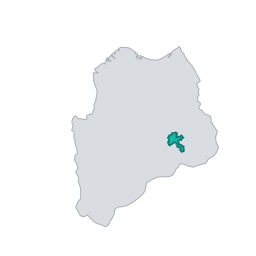 Maru, Zamfara, Nigeria (highlighted), rotated 147°
{"feature_id": "59680162B25309364748934", "entity_name": "Maru", "entity_type": "district", "adm_level": 2, "iso_a3": "NGA", "parent_name": "Nigeria", "parent_adm1": "Zamfara", "projection": "orthographic", "projection_center": [6.251, 11.686], "detail": "fine", "context": "in_parent", "style": "filled", "palette": "teal", "viewbox_px": 256, "rotation_deg": 147, "n_neighbors": 0, "source": "geoboundaries", "source_scale": "gbopen_adm2", "svg_char_len": 6751}
<svg xmlns="http://www.w3.org/2000/svg" viewBox="0 0 256 256"><g transform="rotate(147 128 128)"><path d="M200.2,57.3L207.1,66.5L208.7,73.5L209.3,76.9L210.4,77.3L212.5,77.4L214.0,78.0L214.9,79.2L215.5,80.2L215.7,80.8L215.4,85.0L214.9,86.6L215.2,88.6L215.2,89.5L215.0,90.1L214.1,90.8L212.8,91.5L209.9,93.6L209.0,93.9L207.7,94.0L206.7,94.6L205.4,95.7L202.7,99.7L200.4,103.8L198.8,110.4L196.7,112.5L196.3,114.3L196.1,118.3L195.8,119.6L195.4,119.9L193.2,120.8L191.9,121.7L191.1,123.6L190.2,129.8L189.9,130.9L189.1,132.0L188.0,133.2L187.0,133.9L184.3,134.3L181.9,139.1L181.9,139.9L180.8,144.2L178.9,147.4L178.8,149.5L176.5,152.4L175.2,154.3L176.5,156.3L176.6,156.6L172.5,160.1L172.3,160.6L172.1,163.0L171.8,163.6L171.0,164.5L169.9,165.5L168.8,166.2L167.5,166.8L166.2,167.0L165.5,166.7L165.1,166.0L164.4,163.1L164.1,162.5L163.2,162.0L160.0,158.9L158.0,157.8L157.6,157.9L157.3,158.2L156.8,159.8L156.2,160.4L155.2,160.6L153.4,160.6L152.1,160.4L151.8,160.1L151.2,158.9L147.2,161.8L145.8,162.5L144.0,165.9L141.5,167.6L139.8,169.1L135.2,173.8L134.2,175.2L133.3,177.2L131.3,185.9L128.1,191.4L127.7,192.6L127.1,193.0L125.8,192.7L125.3,191.7L124.5,191.6L123.2,190.1L122.9,190.3L124.3,194.1L123.8,195.5L119.8,195.6L116.4,196.1L114.1,196.1L112.9,195.5L112.4,194.1L112.2,194.3L112.1,195.0L111.3,195.6L108.7,195.8L107.6,194.8L106.6,193.7L105.6,193.3L105.8,193.7L106.9,194.8L106.8,196.3L104.7,198.0L103.3,198.1L102.5,197.4L102.1,196.1L101.8,194.3L101.3,193.1L101.0,193.1L101.4,195.1L101.4,197.0L102.4,198.4L100.8,198.8L99.0,198.9L98.7,198.3L98.5,197.2L98.2,196.9L97.8,198.9L94.0,199.4L93.5,199.3L93.3,199.0L93.6,198.4L93.6,197.5L92.7,198.2L92.6,199.6L92.1,199.8L90.7,199.6L89.1,198.9L86.5,197.2L83.3,194.3L82.8,193.0L81.9,191.4L80.3,187.1L80.6,186.9L81.3,187.2L81.7,186.7L80.4,186.4L80.1,186.1L80.0,185.2L80.1,184.0L82.1,183.4L82.5,182.7L82.8,182.0L80.3,183.0L78.1,181.8L77.6,181.1L77.8,180.5L80.5,180.5L81.4,179.9L80.8,179.7L79.8,179.7L79.4,179.4L79.5,178.5L79.2,178.7L78.7,179.5L77.2,180.0L76.3,179.5L76.2,178.2L76.0,177.6L75.2,177.1L72.5,173.7L69.1,170.8L66.1,168.9L61.6,167.9L52.1,167.8L51.5,167.6L52.1,167.1L53.0,166.8L56.0,165.3L55.5,165.0L52.3,166.0L51.2,166.1L49.8,168.0L40.5,168.3L40.5,167.4L40.9,164.9L41.5,163.2L40.9,161.1L40.7,159.2L41.1,158.6L41.3,157.9L41.2,153.0L41.7,152.3L41.8,151.8L40.8,149.7L40.8,148.1L40.6,146.5L40.3,145.8L40.8,139.8L40.6,138.3L41.0,137.3L41.1,134.7L41.1,132.2L41.8,128.2L45.8,127.7L46.8,126.2L47.4,124.2L47.2,122.2L48.5,120.6L50.1,119.1L50.0,117.4L50.5,116.9L51.2,116.5L52.3,116.3L53.5,115.5L54.1,114.0L54.8,111.7L53.8,110.1L53.8,109.7L54.2,108.8L54.9,108.0L55.4,107.7L56.5,107.9L56.9,107.6L57.6,105.0L57.6,104.3L56.5,102.6L56.0,97.9L55.7,97.3L54.8,96.5L52.6,93.2L52.7,91.6L53.7,89.6L54.3,88.7L55.1,88.1L55.3,87.7L55.0,87.1L54.6,86.7L54.5,85.8L55.0,84.6L54.9,83.2L55.1,76.2L56.9,74.8L59.6,72.5L60.9,70.1L61.7,68.3L62.6,62.3L64.0,61.7L66.6,59.5L70.2,58.2L72.5,57.8L76.5,58.1L78.6,57.9L80.3,56.7L81.1,56.4L82.2,56.2L92.3,59.3L93.2,59.2L94.0,59.4L95.2,60.2L98.2,63.2L101.3,67.7L102.3,68.6L103.3,69.2L104.3,69.3L105.0,69.3L105.8,68.8L106.7,68.0L108.2,67.6L109.4,67.6L115.7,64.2L116.3,64.1L120.2,64.8L125.5,68.3L129.8,70.5L132.8,71.2L136.4,71.7L142.5,71.8L147.0,66.9L148.6,65.8L150.6,64.8L154.9,63.9L161.9,63.1L168.5,63.3L172.6,64.1L176.9,65.6L178.8,67.0L181.8,67.2L183.8,66.9L184.5,65.4L186.5,63.3L189.6,61.4L192.2,60.1L194.2,59.5L196.1,57.9L197.6,57.4L200.2,57.3ZM109.0,197.7L107.5,198.1L106.6,198.0L107.9,196.1L108.5,196.5L109.4,196.7L109.0,197.7Z" fill="#d9dde1" stroke="#a8b0b8" stroke-width="1"/><path d="M93.7,78.2L93.5,78.3L93.5,78.5L93.4,78.5L93.3,78.8L93.2,78.8L93.1,79.0L93.1,79.5L92.9,79.5L92.6,79.8L92.4,80.4L92.3,80.7L92.1,81.2L92.2,81.3L92.2,81.5L92.0,81.4L91.7,81.6L91.6,81.8L91.3,82.3L91.6,82.5L91.9,82.7L92.1,82.8L92.0,83.0L91.9,83.1L91.9,83.5L92.1,83.5L92.3,83.5L92.3,83.8L92.4,84.0L92.5,84.1L92.7,84.3L92.7,84.5L92.7,84.9L92.7,85.0L92.8,85.1L93.0,85.2L93.0,85.4L93.0,85.5L93.2,85.8L93.4,86.0L93.5,86.1L93.9,86.0L94.0,86.1L94.3,86.4L94.4,86.5L93.6,86.8L93.7,87.6L93.6,87.8L93.5,88.1L93.2,88.5L93.2,88.9L93.4,89.4L93.3,89.5L93.2,89.5L92.9,89.6L92.7,89.8L92.6,89.7L92.4,89.7L92.2,89.7L92.0,89.8L92.0,90.0L91.9,90.1L91.7,90.1L91.6,89.9L91.4,89.8L91.4,89.7L91.2,89.6L91.3,89.7L91.2,89.8L91.1,89.7L90.8,89.5L90.7,89.5L90.6,89.4L90.4,89.2L90.2,89.3L89.9,89.3L89.8,89.2L89.7,89.2L89.7,89.3L89.7,89.2L89.6,89.3L89.5,89.2L89.4,89.3L89.3,89.5L89.2,89.7L89.2,89.8L89.0,89.7L88.9,89.7L88.7,89.6L88.4,89.7L88.2,89.8L87.8,90.1L87.7,90.0L87.8,89.9L87.7,89.9L87.5,89.7L87.1,89.6L86.9,89.6L87.0,89.8L87.1,90.4L87.0,90.5L86.9,90.7L87.0,90.8L86.9,90.9L86.9,91.0L86.9,91.5L87.0,91.8L87.0,92.4L87.0,92.6L87.2,92.8L87.3,92.8L87.8,92.7L88.0,92.7L88.6,92.7L88.8,92.5L89.0,92.5L89.1,92.3L89.7,92.3L90.0,92.6L90.1,93.0L90.4,93.3L90.7,93.5L90.9,93.5L91.8,93.5L92.2,93.5L92.5,93.4L92.6,93.5L92.1,93.9L92.4,94.3L92.1,94.5L91.7,94.7L91.6,94.9L91.2,95.6L91.2,95.8L91.3,96.0L91.1,96.5L90.6,96.8L90.3,96.8L90.4,96.3L90.5,96.1L90.6,95.9L90.4,95.8L90.4,96.0L90.0,96.6L89.9,96.7L89.8,97.3L89.8,97.5L90.0,97.8L90.1,98.2L90.2,98.3L90.3,98.5L90.5,98.5L91.2,98.4L91.3,98.4L91.4,98.5L92.0,98.6L92.5,99.0L93.1,99.5L93.5,99.8L93.7,99.7L93.8,99.7L93.9,99.4L94.0,99.4L94.2,99.1L94.3,99.1L94.4,98.9L94.3,99.0L94.3,98.9L94.5,98.9L94.5,99.0L94.6,98.9L94.7,99.0L94.8,99.0L95.0,98.9L95.3,98.8L95.5,98.8L95.8,99.0L96.0,99.2L96.3,99.0L96.6,98.8L97.1,98.6L97.4,98.6L97.7,98.7L98.0,98.9L98.0,99.0L98.1,98.9L98.4,98.7L98.7,98.6L98.8,98.5L99.0,98.5L99.3,98.4L99.3,98.5L99.3,98.4L99.5,98.4L99.6,98.1L99.7,97.9L99.8,97.9L100.0,97.9L100.1,97.7L99.9,97.6L99.7,97.5L99.7,97.4L99.7,97.0L99.7,96.6L99.7,96.2L99.8,96.0L99.9,95.7L100.0,95.5L100.3,95.4L100.7,95.3L100.8,95.3L100.9,95.2L100.9,94.7L101.0,94.4L101.1,94.5L101.6,94.7L101.8,94.7L101.8,94.2L102.0,93.9L102.5,93.8L102.7,93.5L102.6,93.3L102.6,92.8L102.9,92.1L102.7,91.7L102.9,91.3L102.9,91.0L102.4,90.7L102.2,90.4L101.8,90.8L101.7,91.1L101.2,91.1L100.7,90.8L100.5,90.7L100.1,90.4L99.6,90.6L99.2,90.7L99.0,90.8L98.8,90.7L98.5,90.6L98.3,90.7L97.9,90.8L97.5,90.7L97.4,90.6L97.3,90.4L96.9,90.4L96.8,90.6L96.4,90.7L96.3,90.3L96.2,90.1L96.1,89.9L96.0,89.7L95.9,89.3L95.9,89.0L95.9,88.9L95.7,88.6L95.8,88.5L95.7,88.5L95.6,88.4L95.5,88.2L95.5,87.2L95.9,87.1L96.0,87.0L96.3,86.5L96.6,86.2L97.0,85.9L96.8,85.6L96.7,85.5L96.6,85.3L96.7,85.1L96.4,84.8L96.4,84.7L96.3,84.4L96.3,84.0L96.0,84.0L95.6,83.9L95.4,83.9L94.8,83.7L95.2,83.3L95.1,83.2L95.0,82.9L95.2,82.0L95.4,81.9L95.5,81.7L96.0,81.5L96.0,81.3L95.9,81.2L95.9,80.9L95.9,80.7L96.0,80.7L95.9,80.6L96.1,80.4L96.1,79.9L96.1,79.6L96.1,79.4L96.3,79.1L96.2,79.0L96.1,78.8L95.8,78.9L95.7,79.0L95.6,78.9L95.4,79.0L95.4,78.7L95.2,78.6L94.9,78.5L94.9,78.4L94.6,78.3L94.4,78.3L94.2,78.4L94.0,78.2L93.9,78.3L93.8,78.2L93.7,78.2Z" fill="#14b8a6" stroke="#0f766e" stroke-width="1.5"/></g></svg>